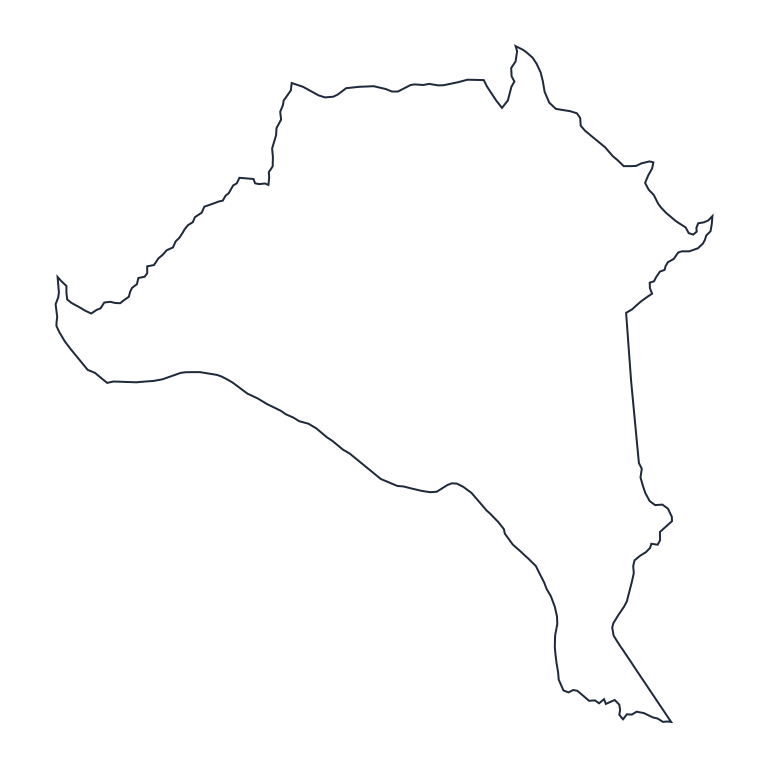 the district of Imperatriz, Maranhão, Brazil
{"feature_id": "56859067B50808987997091", "entity_name": "Imperatriz", "entity_type": "district", "adm_level": 2, "iso_a3": "BRA", "parent_name": "Brazil", "parent_adm1": "Maranhão", "projection": "mercator", "projection_center": [-47.572, -5.387], "detail": "fine", "context": "isolated", "style": "outline", "palette": "slate", "viewbox_px": 768, "rotation_deg": 0, "n_neighbors": 0, "source": "geoboundaries", "source_scale": "gbopen_adm2", "svg_char_len": 3692}
<svg xmlns="http://www.w3.org/2000/svg" viewBox="0 0 768 768"><path d="M299.2,421.2L308.4,423.7L316.5,428.5L326.5,437.0L332.6,441.1L343.3,449.9L349.5,453.4L380.8,479.0L392.9,484.1L397.6,486.0L403.2,486.4L413.2,488.9L421.8,490.9L430.0,492.2L436.8,491.7L447.1,485.2L451.8,483.3L456.9,483.6L463.2,486.8L471.6,493.0L486.7,510.6L490.0,513.5L498.5,522.3L503.9,529.2L504.8,533.6L512.8,544.6L521.2,552.0L525.1,555.7L527.9,558.2L535.9,566.1L539.4,573.2L544.2,582.6L546.7,589.1L550.9,596.3L554.8,606.7L557.0,616.6L557.3,624.1L555.1,635.6L554.8,646.9L555.2,651.6L555.6,655.5L556.6,663.5L558.1,672.3L558.7,679.6L563.4,690.4L568.5,692.4L573.2,690.0L577.3,690.8L581.5,694.3L589.1,700.8L594.9,700.4L599.1,703.3L604.0,699.2L605.9,703.9L614.7,700.0L619.3,704.7L620.1,709.9L619.3,714.8L623.0,719.3L626.9,714.3L631.8,714.6L636.6,711.7L643.9,713.1L652.8,717.4L657.5,718.5L663.0,721.9L667.2,721.5L671.1,721.9L636.2,669.9L632.0,663.5L627.5,656.8L622.8,649.8L620.1,645.9L616.7,640.6L613.6,635.6L612.2,627.5L613.4,623.1L618.3,615.1L624.0,606.7L626.8,601.5L631.8,582.1L633.8,573.1L633.2,566.0L634.5,560.4L639.9,555.9L646.1,552.0L650.1,547.9L651.3,543.8L657.7,544.7L660.1,540.1L659.9,532.0L672.0,521.1L671.8,516.7L667.9,508.6L662.4,504.6L655.1,505.1L649.7,501.1L647.3,496.7L645.3,493.0L643.0,486.2L640.5,477.4L641.8,468.8L638.9,463.0L638.3,456.7L637.0,443.1L631.1,380.9L626.1,312.8L631.9,309.5L638.9,303.2L641.8,300.8L648.3,296.2L652.1,293.7L649.9,288.1L649.7,282.7L654.0,281.3L656.1,277.2L659.9,271.6L664.6,269.9L665.5,266.3L667.9,262.2L673.8,258.9L678.1,252.6L681.8,251.3L689.3,251.3L697.9,248.3L702.8,243.7L704.8,240.1L706.3,235.4L710.5,231.3L711.8,223.9L712.4,216.1L708.3,220.4L704.0,222.3L698.2,223.3L696.4,227.8L696.7,231.6L693.2,234.6L688.7,233.1L685.6,227.4L681.4,224.7L675.7,221.0L666.0,212.8L661.0,207.5L658.1,203.6L653.8,195.0L648.7,189.7L645.1,182.9L648.1,175.7L652.1,168.5L653.4,162.4L649.5,161.4L641.3,163.4L636.2,165.9L631.4,166.1L623.7,166.1L617.3,159.9L612.8,156.2L605.1,147.3L590.9,135.6L584.8,130.5L580.7,125.7L580.2,118.0L576.9,113.3L570.2,111.2L555.9,108.9L549.2,102.6L544.6,91.7L542.8,81.1L540.6,72.3L536.5,63.6L532.6,57.7L526.7,52.5L523.0,49.8L515.6,46.1L517.1,51.2L515.6,61.4L511.2,68.0L511.6,76.3L514.4,81.5L511.4,86.8L507.9,100.4L502.0,107.9L496.1,100.4L486.9,86.4L483.8,80.1L467.5,79.7L457.7,82.3L443.7,85.2L438.3,85.4L429.2,83.9L423.2,85.0L414.6,84.4L410.6,85.0L398.0,91.5L391.8,91.5L385.7,89.0L373.6,86.2L359.2,86.8L346.1,88.2L338.0,94.4L333.3,96.7L325.0,97.4L318.4,95.3L303.0,86.8L291.7,83.0L290.8,90.5L283.7,100.5L282.9,105.2L280.2,111.8L281.1,119.6L276.5,128.1L276.1,135.2L272.1,148.5L272.9,156.7L272.7,166.3L268.8,172.2L269.2,177.8L268.4,184.9L264.9,183.5L259.0,184.1L255.1,183.3L253.5,179.0L239.4,177.8L236.8,183.3L233.1,185.5L228.8,193.1L225.5,195.8L222.7,200.7L219.1,201.4L212.9,203.7L204.3,206.7L201.8,212.6L194.9,217.2L192.8,222.2L188.1,225.1L184.7,229.2L182.7,232.7L179.2,238.0L175.6,241.4L173.0,247.4L166.6,250.3L162.9,254.6L158.4,258.4L153.9,265.1L147.2,266.3L147.2,273.2L144.7,276.7L138.4,278.0L136.9,284.2L132.2,287.7L130.3,291.3L128.8,296.8L123.7,300.4L120.2,303.2L115.2,303.0L110.5,301.8L104.3,302.5L100.6,308.3L96.8,309.8L91.2,313.5L85.2,310.7L79.2,307.1L74.7,304.7L71.3,302.8L67.2,299.5L66.4,292.4L66.4,286.0L61.2,281.0L57.6,277.0L58.9,292.5L58.2,297.5L55.6,304.2L57.2,316.9L56.6,321.7L56.4,325.9L59.3,332.1L65.0,341.7L70.5,348.9L87.6,369.8L95.0,372.9L103.7,380.1L107.2,382.9L113.5,381.5L119.2,381.7L136.4,382.3L140.6,381.9L153.7,380.9L162.5,379.3L180.6,372.9L185.8,372.2L199.8,372.1L217.0,374.9L221.5,376.5L227.2,379.4L232.5,382.5L247.4,393.6L257.8,398.5L266.7,403.9L280.8,410.8L285.7,414.2L293.2,417.5L299.2,421.2Z" fill="none" stroke="#1e293b" stroke-width="2"/></svg>